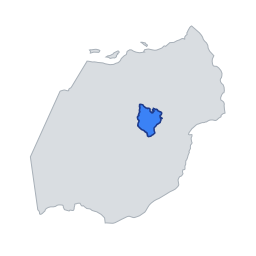 Iringa, Iringa, United Republic of Tanzania (highlighted), rotated 262°
{"feature_id": "72390352B92646008536074", "entity_name": "Iringa", "entity_type": "district", "adm_level": 2, "iso_a3": "TZA", "parent_name": "United Republic of Tanzania", "parent_adm1": "Iringa", "projection": "robinson", "projection_center": [35.361, -7.564], "detail": "fine", "context": "in_parent", "style": "filled", "palette": "blue", "viewbox_px": 256, "rotation_deg": 262, "n_neighbors": 0, "source": "geoboundaries", "source_scale": "gbopen_adm2", "svg_char_len": 7903}
<svg xmlns="http://www.w3.org/2000/svg" viewBox="0 0 256 256"><g transform="rotate(262 128 128)"><path d="M95.5,185.4L92.8,183.8L90.4,182.8L88.4,181.7L87.5,180.7L85.6,180.3L84.0,180.1L82.5,179.1L79.4,178.7L79.0,178.1L79.0,176.6L78.4,176.3L77.3,175.9L76.1,175.9L75.3,176.1L74.9,176.0L73.9,175.1L73.0,174.1L72.6,172.3L71.2,171.2L69.6,170.3L65.0,170.4L64.3,170.2L63.2,169.3L62.0,167.8L60.9,166.2L60.0,163.9L59.1,160.9L53.9,148.8L53.3,146.5L52.3,143.9L50.6,140.8L48.9,138.5L46.5,136.4L43.8,134.3L42.3,132.9L39.5,127.2L38.9,124.6L38.4,121.8L38.6,120.7L40.4,117.1L40.5,116.1L40.3,114.7L39.4,111.9L38.3,108.5L36.1,102.2L35.8,100.6L35.8,99.4L37.1,93.1L37.1,92.2L42.3,92.3L46.1,89.5L49.4,85.3L50.1,83.6L51.4,80.9L52.8,79.6L53.3,78.7L54.0,76.0L55.8,74.2L57.4,72.8L57.1,71.8L57.3,71.4L58.3,70.7L60.1,70.1L60.4,68.7L60.4,67.1L60.1,66.2L60.2,65.2L59.9,64.6L58.7,64.5L57.0,63.7L55.5,63.4L54.5,62.9L54.1,62.6L54.0,61.6L54.8,59.2L54.0,58.2L55.8,54.1L56.1,53.6L56.8,53.6L57.8,53.1L58.8,52.9L59.6,53.1L60.2,52.9L60.7,52.5L61.1,51.1L61.5,48.8L61.3,46.9L60.5,45.5L60.3,43.3L60.7,40.4L60.4,37.9L59.6,35.9L58.7,34.8L57.4,34.2L55.3,31.2L54.7,29.8L54.8,28.9L55.5,28.5L56.8,28.6L58.1,28.3L59.2,27.5L60.3,27.2L60.9,27.3L113.0,27.3L173.8,65.8L174.0,66.2L174.5,69.5L174.4,70.7L173.5,72.6L173.2,73.6L173.2,74.3L173.4,74.5L174.2,74.6L174.9,75.1L175.2,75.4L175.7,76.9L176.3,77.6L199.4,96.4L199.9,96.7L199.6,98.3L198.3,102.1L198.2,103.7L197.7,105.6L197.2,106.9L195.9,112.3L194.8,114.3L193.2,119.0L193.0,122.6L193.8,125.2L194.1,127.5L195.9,129.9L197.3,130.7L198.3,131.8L200.0,134.2L201.0,136.6L204.0,137.8L205.2,140.6L204.8,142.4L203.4,144.0L202.0,146.5L200.9,149.9L200.9,154.9L201.6,154.2L203.2,155.4L203.4,159.1L201.8,163.5L201.2,165.5L201.2,167.3L202.4,172.5L204.2,175.1L204.1,176.0L203.6,176.6L206.7,181.3L206.4,185.4L207.6,188.6L208.1,191.3L208.9,193.5L209.0,194.9L208.1,196.5L210.3,196.9L211.7,198.3L212.3,199.5L214.0,199.5L214.9,200.3L216.2,201.0L219.0,203.2L219.8,204.2L220.2,205.2L212.3,212.0L209.5,213.7L207.5,214.5L205.3,214.9L203.3,216.0L201.3,217.6L198.8,218.5L195.8,218.5L192.6,219.6L187.6,223.1L184.7,221.2L182.4,220.6L179.8,220.6L178.2,220.9L177.6,221.3L177.1,222.4L176.7,224.4L174.9,226.2L171.9,228.0L169.1,228.7L166.6,228.2L164.8,227.5L163.9,226.5L162.6,226.0L160.9,226.1L159.2,226.8L157.6,228.2L155.0,228.8L151.5,228.6L149.6,227.9L149.4,226.8L147.8,225.4L145.0,223.9L142.9,223.8L141.6,225.3L140.4,226.3L139.3,226.6L138.3,226.7L136.9,226.3L133.0,226.1L129.3,226.2L128.9,224.0L128.1,222.7L127.5,221.9L126.2,221.7L125.9,221.1L125.4,219.8L124.8,218.7L124.0,217.7L123.5,216.8L123.3,216.0L123.4,215.1L124.2,212.9L124.4,211.4L124.4,209.9L123.9,208.3L123.1,206.4L123.2,205.8L122.9,204.6L122.8,203.7L123.0,202.5L122.8,201.1L122.1,197.9L122.1,197.1L121.3,195.6L118.8,191.9L118.7,191.5L114.9,187.8L113.3,187.0L112.8,187.7L112.6,188.3L112.7,189.5L112.6,190.1L112.5,190.4L111.6,190.3L111.0,190.2L109.5,189.2L108.4,189.0L105.6,189.1L104.6,189.4L103.8,189.1L102.3,187.5L100.6,187.1L99.0,187.0L96.4,185.1L95.5,185.4ZM204.4,124.6L205.7,128.6L205.5,129.3L204.6,129.8L204.2,129.8L203.6,129.2L203.2,127.9L202.6,128.2L201.4,126.6L200.2,126.5L199.2,124.6L199.6,122.9L199.4,120.0L200.7,118.6L201.4,116.1L202.2,117.8L202.3,120.4L203.4,123.5L204.4,124.6ZM210.6,100.7L210.7,101.7L210.5,102.6L210.5,105.4L210.4,107.3L209.4,109.9L208.7,110.9L208.0,110.6L207.4,110.2L207.0,109.4L207.9,104.7L207.4,101.1L209.2,101.5L210.6,100.7ZM207.9,158.5L207.0,158.7L206.7,158.5L206.1,157.7L207.1,157.0L208.0,155.7L210.2,153.8L211.2,152.3L211.0,153.8L209.8,157.0L208.8,157.3L207.9,158.5Z" fill="#d9dde1" stroke="#a8b0b8" stroke-width="1"/><path d="M131.3,138.7L130.5,138.4L130.4,138.4L130.1,138.3L129.9,138.2L129.7,138.3L129.5,138.2L129.4,138.3L129.1,138.0L128.9,138.0L128.7,138.0L128.5,138.3L128.3,138.4L128.2,138.5L127.9,138.6L127.7,138.7L127.5,138.9L127.4,139.0L126.9,139.4L126.7,139.4L126.6,139.5L126.2,139.8L126.2,140.0L125.9,140.2L125.7,140.3L125.5,140.5L125.4,140.5L125.1,140.9L124.9,140.9L124.6,141.1L124.5,141.4L124.4,141.5L124.1,142.2L123.9,142.5L123.7,142.6L123.6,142.9L123.5,143.0L123.4,143.3L123.2,143.4L123.2,143.5L123.0,143.8L122.8,143.8L122.7,144.0L122.4,144.1L122.2,144.1L122.0,144.4L121.8,144.4L121.7,144.5L121.8,144.6L121.7,144.9L121.4,145.0L121.3,145.3L121.2,145.3L120.9,145.4L120.7,145.6L120.6,145.8L120.6,146.0L120.4,146.0L120.2,146.0L119.9,146.2L119.7,146.1L119.4,146.1L119.2,146.2L119.1,146.3L118.9,146.3L118.6,146.4L118.4,146.4L118.3,146.2L117.9,146.4L117.7,146.3L117.5,146.2L117.4,146.3L117.2,146.4L116.9,146.7L116.6,147.0L116.7,149.4L117.8,151.2L117.8,151.7L118.0,151.9L118.2,152.2L119.2,153.8L119.4,153.9L119.8,153.9L120.3,153.8L120.8,153.7L121.8,153.5L122.8,153.7L123.2,153.6L123.8,153.7L124.2,153.8L124.7,154.0L124.8,154.1L125.0,154.4L125.3,154.8L125.8,155.6L126.2,155.9L126.5,156.3L126.9,156.6L127.5,157.0L127.5,157.4L127.6,157.6L127.7,158.0L127.9,158.1L127.9,158.4L128.0,158.5L128.2,158.9L128.4,159.3L128.6,159.7L128.6,159.9L128.7,160.0L128.8,160.2L128.9,160.3L129.0,160.6L129.6,160.8L130.0,161.0L130.6,161.4L130.9,161.5L131.2,161.7L131.6,161.8L131.8,161.8L132.1,161.7L132.6,161.6L132.6,162.0L132.7,162.3L132.7,162.5L132.7,162.8L132.8,162.8L132.8,163.1L133.0,163.1L133.1,162.9L133.4,162.6L133.6,162.5L133.8,162.3L133.9,162.0L134.0,161.9L134.0,161.6L134.1,161.4L134.4,161.3L134.5,161.4L134.8,161.5L135.0,161.5L135.4,161.4L135.6,161.3L135.9,161.6L136.1,161.7L136.2,162.0L136.3,162.1L136.3,162.3L136.4,162.5L136.5,162.8L136.8,162.9L136.9,163.0L137.3,163.0L137.6,163.2L138.0,163.5L138.2,163.4L138.3,163.4L138.5,163.4L138.7,163.2L138.8,163.1L139.0,162.9L139.3,162.8L139.4,162.5L139.5,162.5L139.7,162.0L139.6,161.9L139.7,161.6L139.9,161.4L140.1,161.2L140.4,161.0L140.5,160.7L140.6,160.3L141.1,160.0L141.1,159.9L141.3,159.8L141.5,159.8L141.7,159.7L141.9,159.7L142.0,159.5L142.2,159.4L142.3,159.2L142.6,159.0L142.6,158.9L142.4,158.4L142.4,158.1L142.6,157.8L142.7,157.7L142.9,157.5L143.0,157.4L143.2,157.0L143.3,157.0L143.4,156.7L143.5,156.6L143.5,156.4L143.4,156.3L143.5,156.2L143.4,156.2L143.4,155.8L143.3,155.7L143.3,155.4L143.2,155.3L143.4,155.1L143.2,155.2L142.9,155.1L142.8,154.9L142.7,154.8L142.4,155.0L142.3,154.9L142.2,155.0L142.1,154.9L142.0,155.0L141.6,155.6L141.5,155.9L141.3,156.2L141.1,156.1L140.8,156.0L140.7,155.8L140.6,155.6L140.7,155.4L140.7,155.1L140.3,154.9L140.2,154.9L139.9,154.9L139.7,154.8L139.7,154.7L139.6,154.4L139.6,154.2L139.6,153.9L139.7,153.7L140.0,153.8L140.5,153.7L140.5,153.4L140.4,153.3L140.4,153.2L140.5,153.1L140.4,153.0L140.5,152.9L140.8,152.7L141.0,152.5L141.1,152.4L141.4,152.2L141.8,152.2L142.0,152.2L142.4,152.3L142.5,152.3L143.0,152.3L143.3,152.4L143.6,152.5L143.9,152.4L144.3,152.0L144.5,151.8L144.8,150.9L144.7,150.3L144.6,150.2L145.0,149.9L145.0,149.4L145.2,149.1L145.2,148.8L145.2,148.7L145.3,148.6L145.5,148.5L145.6,148.4L146.1,147.8L146.2,147.7L146.4,147.5L146.6,147.5L146.8,147.2L147.1,146.8L147.4,146.6L148.0,146.4L148.8,146.0L148.9,145.8L149.3,145.0L149.4,144.7L149.7,143.7L149.8,143.3L149.8,143.2L149.7,142.9L149.3,143.0L149.2,143.0L149.1,142.8L148.9,142.8L148.9,142.6L148.4,142.5L148.2,142.5L148.1,142.4L147.9,142.5L147.7,142.6L147.6,142.4L147.3,142.3L147.0,142.4L146.7,142.4L146.3,142.6L146.2,142.7L145.8,142.3L145.3,142.2L145.0,142.1L144.9,142.1L144.7,142.1L144.5,141.9L144.4,141.8L144.1,141.8L144.0,141.7L143.8,141.8L143.6,141.9L143.4,141.9L143.5,141.8L143.4,141.9L143.2,141.9L142.9,141.8L142.7,141.8L142.5,141.7L142.4,141.8L142.3,141.6L142.1,141.7L141.9,141.6L141.7,141.5L141.7,141.3L141.2,141.2L140.7,140.7L140.4,140.7L140.1,140.5L139.9,140.5L139.7,140.3L139.6,140.2L138.9,140.4L138.9,140.2L138.6,140.1L138.4,139.8L138.3,139.4L138.1,139.1L137.8,139.2L137.7,139.2L137.4,139.0L137.3,138.9L137.0,138.9L136.8,138.7L135.9,138.9L135.4,138.9L135.2,138.9L134.5,139.4L134.5,139.6L134.2,139.7L134.1,139.9L133.9,140.0L133.5,139.9L133.3,139.7L132.7,139.7L132.3,139.4L132.2,139.3L132.0,139.1L131.8,139.0L131.4,138.8L131.3,138.7Z" fill="#3b82f6" stroke="#1e3a8a" stroke-width="1.5"/></g></svg>